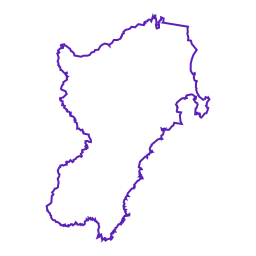 Shoalhaven, New South Wales, Australia (Robinson projection)
{"feature_id": "25037944B24149747688554", "entity_name": "Shoalhaven", "entity_type": "district", "adm_level": 2, "iso_a3": "AUS", "parent_name": "Australia", "parent_adm1": "New South Wales", "projection": "robinson", "projection_center": [150.375, -35.142], "detail": "fine", "context": "isolated", "style": "outline", "palette": "violet", "viewbox_px": 256, "rotation_deg": 0, "n_neighbors": 0, "source": "geoboundaries", "source_scale": "gbopen_adm2", "svg_char_len": 5762}
<svg xmlns="http://www.w3.org/2000/svg" viewBox="0 0 256 256"><path d="M107.2,239.3L110.0,238.5L110.9,239.6L111.6,239.0L112.3,237.3L112.0,236.6L111.0,236.5L111.5,234.7L111.0,233.7L112.4,232.5L113.1,233.2L113.5,232.7L113.1,231.5L115.2,231.6L114.2,230.1L115.4,229.3L115.4,228.0L116.5,227.5L118.8,224.1L121.1,224.4L121.5,223.6L120.9,222.5L122.9,222.3L123.0,221.5L122.0,220.8L122.6,218.6L123.2,217.9L124.0,218.3L123.6,217.2L124.7,215.7L125.9,215.4L126.0,216.0L126.6,215.9L126.8,214.9L125.1,211.9L125.7,211.4L125.0,210.3L125.7,209.7L124.0,209.3L123.7,207.4L124.6,206.7L123.7,206.5L123.4,205.7L124.6,203.8L123.7,202.4L124.3,200.0L125.4,198.6L126.1,198.9L125.5,197.7L126.6,196.1L128.3,196.1L127.3,195.1L127.7,193.4L131.9,188.5L133.8,188.4L133.9,187.6L134.5,187.5L134.1,186.3L134.8,186.0L134.2,184.8L137.7,180.7L138.8,180.5L140.1,178.7L142.6,178.5L142.3,177.3L140.2,177.0L140.1,176.1L139.4,176.2L140.0,175.4L141.2,175.5L141.2,174.9L139.5,174.0L140.0,172.8L139.3,172.3L139.5,170.3L140.5,169.1L141.7,169.2L141.3,168.4L138.8,167.3L140.0,161.7L145.4,156.5L146.5,156.8L147.4,154.7L149.1,154.6L149.1,153.7L149.8,153.0L152.5,152.0L151.9,151.6L151.9,150.8L150.2,151.0L149.7,149.0L150.7,146.4L151.6,145.7L151.6,144.7L157.6,139.6L160.3,138.6L161.5,139.4L162.2,139.0L161.5,138.5L161.3,135.7L163.0,134.5L163.9,131.1L163.4,130.5L162.0,130.4L161.6,128.6L162.7,129.2L164.2,128.6L165.2,129.4L165.4,128.9L165.6,128.8L165.5,129.7L169.0,129.8L172.3,125.9L173.4,125.4L174.2,122.8L181.8,124.0L180.5,121.3L179.9,115.1L181.1,112.4L177.1,111.9L176.7,111.0L177.6,107.5L177.0,107.1L177.3,106.0L176.0,104.8L177.1,102.4L181.3,98.8L183.2,98.1L184.7,98.1L184.1,98.5L184.6,98.8L186.8,98.1L186.0,96.3L186.8,95.4L191.0,94.4L192.7,94.7L195.3,96.8L194.8,97.6L196.1,97.0L195.7,99.0L194.0,99.9L195.5,102.4L197.0,103.0L197.7,104.5L196.2,108.5L195.6,108.6L195.2,114.2L195.9,114.1L195.7,115.0L196.7,113.8L196.6,112.8L197.5,112.7L198.0,113.8L198.9,113.6L198.7,114.1L199.2,114.7L199.9,114.4L200.0,116.7L201.3,117.6L204.9,113.4L206.4,113.2L207.6,110.2L208.2,107.8L207.0,107.5L206.0,105.7L206.7,105.3L206.7,103.6L207.5,101.7L209.4,99.3L208.2,97.4L207.8,98.0L205.6,97.1L205.2,98.8L203.3,99.8L199.5,96.9L196.9,92.4L196.2,89.5L196.6,88.5L195.9,87.3L196.0,83.1L196.6,81.4L197.5,80.8L195.5,81.1L194.4,80.0L193.7,77.0L194.9,73.9L194.7,73.1L192.7,74.1L190.7,70.7L190.7,64.0L191.8,59.2L193.3,55.1L196.7,49.8L191.7,43.8L191.0,40.7L188.0,40.2L188.4,37.7L187.3,33.3L187.8,32.2L187.5,29.1L188.0,26.7L162.8,22.6L163.3,22.2L163.6,18.4L161.1,17.3L161.1,19.8L159.6,20.5L159.6,21.7L158.4,22.3L159.0,24.5L159.0,27.7L156.7,28.4L156.1,26.1L157.0,25.1L155.2,25.4L155.8,25.1L156.5,22.9L156.0,18.5L154.8,16.6L155.3,16.0L155.3,15.4L155.2,15.4L153.7,16.9L154.1,18.2L153.1,18.0L152.8,16.6L151.3,21.3L149.9,19.5L149.0,19.5L147.6,20.3L147.4,21.3L144.6,21.9L144.4,22.5L145.1,23.1L144.2,23.6L144.4,24.4L143.8,25.1L138.3,24.2L135.1,27.3L131.5,26.8L129.6,28.9L125.6,29.9L123.3,32.1L123.9,33.2L122.1,34.4L121.7,36.4L121.0,36.9L121.2,37.5L120.1,38.9L117.4,40.0L113.8,40.0L112.1,42.8L109.2,44.8L109.4,45.8L107.7,44.2L104.8,43.6L102.3,44.7L100.4,46.2L98.4,49.7L94.9,50.1L94.3,51.7L91.4,52.6L89.8,54.8L87.6,55.7L83.8,55.7L81.0,56.7L74.4,55.5L74.0,53.4L72.2,51.5L71.0,51.2L70.3,49.1L65.9,45.7L64.8,45.6L64.2,44.3L61.1,44.9L60.9,45.7L63.1,46.7L63.0,47.9L60.5,48.2L58.1,50.5L59.3,52.5L58.6,53.0L57.8,52.7L57.3,53.5L58.8,57.8L57.6,61.4L58.5,63.1L58.2,65.1L59.2,65.6L59.3,66.8L60.2,67.3L60.5,70.0L61.5,70.0L64.8,73.5L66.8,72.6L67.0,73.2L65.7,74.4L65.9,75.1L67.8,76.6L66.7,77.2L67.1,79.6L63.3,82.2L63.3,84.2L62.0,85.5L61.0,88.7L61.6,89.7L65.4,91.1L66.7,94.0L63.2,97.4L60.0,98.2L60.1,99.3L60.8,99.7L60.5,100.5L62.7,101.4L62.2,104.7L63.1,104.4L63.1,105.5L64.8,105.9L64.1,107.7L67.0,109.7L66.6,110.6L67.2,111.6L68.7,111.5L69.7,112.6L70.8,112.6L70.7,113.7L70.0,114.0L70.4,115.7L71.0,115.3L71.9,116.3L72.9,116.3L74.8,118.2L74.4,119.6L75.3,119.5L75.7,120.2L74.8,121.8L76.7,122.8L77.3,125.6L77.2,128.8L79.0,128.5L80.6,130.3L82.4,129.7L82.8,131.4L83.4,131.9L83.0,132.3L83.5,133.5L88.8,134.6L88.8,136.2L90.8,139.9L91.0,141.4L90.9,142.1L88.7,141.8L87.8,140.9L85.5,141.2L85.8,142.0L85.3,143.0L86.3,144.5L85.7,145.7L87.1,145.5L87.7,147.8L86.4,148.8L85.7,147.9L84.8,149.4L82.2,150.0L82.0,151.0L82.8,152.1L80.8,153.9L81.9,156.1L81.4,156.8L79.1,156.1L76.5,157.6L75.7,158.9L73.5,160.0L73.4,161.5L72.5,162.1L70.4,160.1L69.0,162.0L66.7,161.6L66.1,162.1L67.0,163.7L66.7,164.7L65.7,164.5L63.4,165.6L62.4,165.0L60.3,165.6L60.3,167.1L59.1,167.6L57.8,170.6L58.5,173.5L59.5,174.2L59.1,176.7L57.7,178.6L58.6,182.2L57.9,187.2L56.9,188.2L54.7,188.7L54.1,190.2L52.1,192.4L53.4,194.5L51.8,195.9L51.4,202.3L50.4,203.6L46.6,206.1L47.3,209.5L47.1,210.4L47.9,210.6L48.5,212.1L49.8,213.1L50.3,215.0L51.1,215.6L51.2,217.7L52.8,219.9L55.3,220.5L55.8,221.9L57.7,222.1L60.4,224.0L60.3,224.7L61.2,225.4L63.5,224.9L63.3,225.8L63.7,226.0L65.1,224.8L65.4,225.9L68.4,226.4L68.4,225.1L69.4,225.4L70.9,224.7L71.1,224.1L71.9,224.1L73.0,225.3L75.2,223.7L75.6,222.3L76.3,222.8L76.1,223.6L77.1,223.7L77.4,224.6L79.0,224.7L80.1,223.9L80.9,225.0L81.9,224.1L83.1,225.2L84.8,224.0L84.8,221.6L86.5,220.2L86.6,219.5L87.3,220.4L87.9,220.3L87.7,219.6L88.8,218.7L88.7,218.0L90.4,219.3L90.6,218.2L92.1,219.6L92.5,218.4L94.6,220.4L95.1,219.3L95.8,221.3L96.8,221.6L96.8,222.2L98.6,223.5L98.6,225.3L99.3,226.9L98.1,229.9L98.8,233.4L97.4,237.7L99.1,236.8L99.3,235.7L100.4,235.4L99.9,234.8L101.1,234.5L100.9,236.0L101.6,236.1L102.0,237.8L101.6,238.1L101.9,238.9L102.8,239.0L102.6,239.8L104.6,238.0L106.2,238.5L104.1,238.8L105.6,240.6L107.2,239.3ZM127.8,215.6L129.3,215.4L129.3,214.1L127.5,215.1L127.8,215.6ZM146.7,157.0L147.2,157.7L147.3,157.4L146.7,157.0ZM113.2,238.1L112.7,237.4L112.5,237.5L113.2,238.1ZM123.2,220.2L123.6,220.6L123.9,220.5L123.6,220.1L123.2,220.2Z" fill="none" stroke="#5b21b6" stroke-width="2"/></svg>